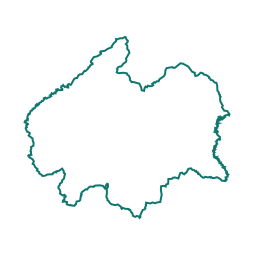 outline of La Convencion, Cusco, Peru, rotated 83°
{"feature_id": "86281439B48996208982152", "entity_name": "La Convencion", "entity_type": "district", "adm_level": 2, "iso_a3": "PER", "parent_name": "Peru", "parent_adm1": "Cusco", "projection": "mercator", "projection_center": [-72.836, -12.335], "detail": "fine", "context": "isolated", "style": "outline", "palette": "teal", "viewbox_px": 256, "rotation_deg": 83, "n_neighbors": 0, "source": "geoboundaries", "source_scale": "gbopen_adm2", "svg_char_len": 5783}
<svg xmlns="http://www.w3.org/2000/svg" viewBox="0 0 256 256"><g transform="rotate(83 128 128)"><path d="M145.0,229.6L147.4,226.5L149.6,225.5L152.0,227.0L152.8,225.7L155.7,224.8L157.7,222.8L159.1,223.6L160.9,221.5L162.3,221.6L164.1,219.3L165.1,218.9L165.3,216.4L164.3,213.5L164.7,208.5L163.5,207.9L162.9,205.9L163.3,204.5L162.2,204.3L162.1,201.8L160.3,198.3L163.0,197.0L164.6,197.2L165.7,196.1L170.5,197.8L172.0,199.8L173.8,200.2L174.9,202.3L176.5,202.8L177.2,203.9L178.9,204.4L181.2,203.2L183.3,202.9L184.6,203.5L185.1,203.3L187.0,200.9L186.6,199.2L188.1,198.1L188.8,198.4L189.1,199.7L191.3,199.8L191.9,201.2L193.3,201.6L193.2,200.0L194.0,197.6L196.3,198.1L197.7,195.0L197.4,194.2L198.0,193.5L198.7,190.7L197.7,190.0L197.6,189.1L194.8,188.1L194.5,185.5L193.7,184.2L190.0,183.2L189.7,182.7L188.9,182.9L188.2,182.1L187.5,182.5L186.0,181.5L183.7,177.4L184.1,176.1L182.2,174.3L181.5,172.5L182.2,169.2L181.3,168.5L181.2,167.3L181.5,162.8L182.4,159.9L185.1,158.3L182.4,156.9L180.8,155.5L181.2,154.8L183.9,155.0L185.8,156.5L189.9,156.8L193.8,157.9L195.7,157.1L197.3,157.2L197.8,156.3L200.3,155.1L201.7,153.7L203.0,150.0L202.7,147.3L205.7,144.3L206.7,144.5L207.5,144.0L206.8,142.7L208.0,140.1L208.4,137.2L209.4,136.9L209.6,135.8L212.2,135.1L213.0,134.1L215.9,133.7L217.1,131.6L216.4,130.0L216.7,128.9L217.2,128.1L218.6,127.4L217.9,126.6L215.8,126.3L211.2,123.4L210.8,121.5L209.9,120.5L208.8,120.7L207.1,119.4L206.0,119.7L205.2,118.9L204.4,119.0L205.6,115.0L204.9,112.7L206.0,110.3L205.5,108.9L205.4,105.0L198.3,102.7L193.3,102.9L189.8,102.2L189.8,99.3L190.7,97.8L188.7,96.9L188.3,95.0L183.5,94.1L183.8,91.6L183.7,90.4L182.9,89.6L182.8,87.4L184.2,84.2L179.0,81.6L179.0,79.7L180.4,78.6L180.8,77.7L179.8,76.8L179.5,75.6L175.9,73.0L175.7,70.4L177.3,69.3L177.7,67.7L179.3,66.4L179.0,65.5L180.1,65.2L180.8,63.7L182.1,64.1L182.8,62.5L184.5,61.6L186.4,59.7L186.5,58.4L185.9,57.4L186.8,54.6L186.6,53.0L187.3,52.2L186.7,51.5L188.0,50.2L188.2,48.7L187.7,45.7L189.7,42.7L191.7,41.3L192.5,37.8L191.7,37.7L191.6,36.6L190.9,36.3L190.5,37.0L188.9,37.2L188.5,35.1L187.6,35.2L186.4,34.2L185.7,35.6L185.0,35.9L185.0,35.1L183.7,35.2L183.6,35.8L182.7,35.7L181.6,36.7L179.8,36.7L179.3,37.9L178.8,37.4L178.5,38.1L178.2,37.5L177.9,38.8L177.1,38.3L176.1,38.6L175.9,39.8L175.0,39.6L174.5,40.4L173.7,40.1L173.8,41.4L173.1,41.2L172.4,41.8L172.0,41.4L171.6,42.0L170.9,41.6L170.4,42.1L170.8,42.5L169.9,43.1L169.4,42.2L168.9,42.7L169.5,43.0L169.2,43.5L168.7,43.3L168.4,43.7L168.6,44.6L168.2,45.0L167.7,44.3L167.8,45.5L167.1,45.5L167.0,46.3L166.2,46.2L166.3,44.9L166.0,45.9L164.9,46.0L165.1,47.1L164.5,45.6L162.0,46.2L162.1,45.5L160.9,46.4L160.6,46.0L161.2,45.6L160.3,44.4L159.6,46.3L159.7,45.3L158.2,45.0L158.8,44.3L158.3,43.9L157.5,44.1L157.3,43.2L156.3,43.9L155.9,42.5L154.7,42.2L154.5,41.4L152.1,42.3L151.6,40.9L150.6,40.8L150.1,39.0L150.8,38.3L150.3,37.9L149.8,38.2L149.9,39.2L149.4,38.2L148.0,37.9L145.8,40.1L144.0,40.5L143.0,41.3L143.5,39.8L142.8,39.5L142.6,41.4L142.1,40.6L141.3,40.9L141.1,40.4L140.5,40.9L140.5,41.7L138.8,41.5L139.5,40.4L138.6,40.3L138.6,39.4L137.8,39.5L137.3,38.6L135.7,39.4L135.8,38.6L134.8,38.7L134.5,37.5L134.1,38.9L131.9,37.6L131.3,38.0L131.8,38.6L130.7,38.2L130.6,37.6L131.8,36.7L131.5,36.1L129.7,37.2L129.2,36.4L128.1,36.8L127.9,36.3L129.1,35.8L128.3,34.9L129.7,34.5L130.0,35.7L130.7,34.3L128.7,34.0L128.9,33.0L130.5,32.8L129.6,31.4L128.6,31.1L128.7,30.3L127.6,30.5L126.9,26.7L127.7,26.1L126.8,25.6L123.3,27.4L122.5,30.4L118.9,32.2L117.4,31.2L113.0,33.1L109.7,33.0L108.1,32.3L107.5,33.0L106.4,32.7L105.7,33.5L103.6,33.6L101.9,34.7L96.5,34.3L93.9,34.8L93.4,36.5L91.0,38.2L90.3,40.1L89.0,40.5L88.4,41.4L87.3,41.2L85.2,43.6L84.0,46.5L83.1,46.7L82.3,48.0L82.0,49.2L84.3,52.3L84.6,54.8L82.3,55.3L81.3,55.0L80.0,57.5L74.3,60.7L70.9,65.6L70.2,68.1L73.8,73.8L73.9,75.7L73.1,76.3L73.0,78.1L73.3,82.4L75.3,83.8L79.2,84.7L81.0,86.2L83.5,90.9L85.4,91.9L85.1,93.7L86.4,95.6L85.8,96.2L85.9,97.0L86.8,97.6L87.2,98.7L88.6,97.8L89.3,99.2L89.2,101.4L88.4,103.1L89.9,104.2L89.0,105.5L90.5,106.7L93.1,107.5L92.2,109.8L89.4,110.0L85.4,111.3L82.9,117.3L82.9,118.8L80.4,120.3L78.3,120.0L75.9,121.0L74.9,122.3L73.6,122.5L72.6,125.8L72.5,130.6L71.4,132.4L68.8,131.3L68.0,131.8L66.2,130.0L66.0,127.2L63.4,124.5L62.1,121.9L60.5,121.3L59.0,121.6L53.4,117.4L50.7,118.0L49.6,119.1L46.1,118.7L44.4,119.9L42.4,117.7L41.2,117.6L40.2,118.6L37.4,119.4L37.4,120.3L38.3,122.4L38.0,125.1L38.7,127.9L38.3,129.0L40.3,129.2L42.1,131.8L44.6,134.0L45.8,134.3L47.0,138.6L48.6,141.8L48.6,145.8L49.5,146.4L50.5,145.6L51.3,145.9L53.1,149.8L53.5,153.4L57.3,156.7L58.5,156.7L59.2,155.5L60.2,155.3L61.3,158.0L62.5,158.5L63.0,160.0L63.9,160.0L66.3,163.2L66.0,164.2L69.0,167.0L68.9,169.1L69.9,171.0L72.2,172.4L72.1,174.1L72.9,175.6L78.1,179.3L78.2,180.0L77.2,181.1L77.5,182.3L78.4,182.9L79.8,182.2L80.6,182.4L80.1,183.6L79.3,184.1L79.5,185.9L77.5,187.1L78.3,187.7L78.4,188.9L79.8,189.5L81.3,188.4L82.3,188.6L82.1,191.6L80.9,192.8L81.1,194.6L81.7,194.6L82.1,193.6L83.3,194.6L83.6,195.8L84.7,195.8L84.2,197.0L85.2,198.1L84.2,199.5L85.7,200.3L86.0,201.3L87.0,200.4L87.8,201.8L88.3,204.4L88.9,205.1L88.7,205.9L87.8,206.4L88.2,207.9L89.1,207.7L90.7,209.1L90.7,210.3L91.7,211.0L92.3,213.1L93.4,213.2L93.9,214.0L93.3,215.1L94.4,215.2L93.7,216.1L94.4,217.0L95.4,216.8L97.0,218.3L96.9,219.4L97.7,219.8L97.8,220.7L98.9,221.0L99.2,222.6L101.6,223.6L101.7,224.6L102.4,224.4L102.5,225.4L103.7,226.1L105.9,226.8L106.5,226.2L108.1,226.6L107.7,227.4L108.4,228.0L108.2,228.9L109.6,229.9L110.7,228.5L111.5,228.3L111.3,227.3L111.9,226.8L113.5,228.8L114.9,228.3L115.5,229.5L116.1,229.6L119.3,228.6L120.8,226.2L121.9,226.3L123.4,227.5L126.8,224.0L129.0,224.1L131.4,223.5L134.1,224.1L135.1,226.6L136.7,226.5L139.1,227.6L139.9,227.1L141.1,227.5L142.8,227.1L143.2,228.2L142.8,229.6L143.4,230.4L145.0,229.6Z" fill="none" stroke="#0f766e" stroke-width="2"/></g></svg>